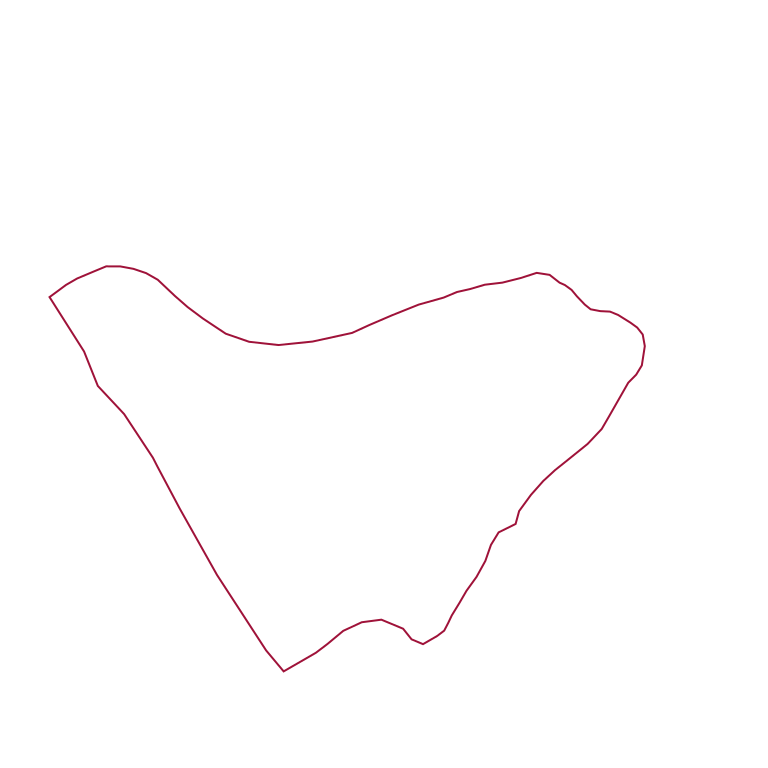 outline of Manutalake, Tuvalu, rotated 60°
{"feature_id": "33948139B42488668501008", "entity_name": "Manutalake", "entity_type": "district", "adm_level": 2, "iso_a3": "TUV", "parent_name": "Tuvalu", "parent_adm1": "", "projection": "natural_earth1", "projection_center": [177.148, -7.242], "detail": "fine", "context": "isolated", "style": "outline", "palette": "rose", "viewbox_px": 768, "rotation_deg": 60, "n_neighbors": 0, "source": "geoboundaries", "source_scale": "gbopen_adm2", "svg_char_len": 1149}
<svg xmlns="http://www.w3.org/2000/svg" viewBox="0 0 768 768"><g transform="rotate(60 384 384)"><path d="M141.5,630.2L205.9,627.5L242.6,632.8L280.1,624.1L332.4,621.0L342.2,621.5L389.7,623.2L465.8,624.1L555.8,619.3L582.7,614.6L582.7,577.3L580.9,563.1L577.4,542.7L579.2,522.4L586.8,504.1L605.5,489.8L618.9,487.8L628.8,480.3L628.8,464.1L627.7,455.2L623.0,447.8L618.3,441.0L611.3,428.1L604.3,415.9L597.3,400.3L587.9,384.7L576.8,371.8L569.8,358.9L571.0,340.0L561.6,330.5L553.5,312.2L547.6,294.5L544.1,278.9L541.2,259.9L537.7,237.6L531.8,217.9L524.8,205.7L505.0,171.8L502.0,160.9L496.8,151.4L481.6,139.2L470.5,135.2L461.7,136.5L454.1,139.9L441.3,146.7L434.3,152.1L429.0,160.3L422.6,167.7L415.6,170.4L404.5,173.1L396.3,174.5L388.7,177.9L384.0,181.3L372.3,186.0L364.1,196.2L360.6,212.5L355.4,230.8L348.4,247.1L344.8,262.0L340.8,274.9L339.0,289.1L332.6,314.2L328.5,342.7L325.6,367.1L323.8,386.1L311.5,424.7L297.5,455.9L280.0,479.7L261.3,495.9L236.7,508.1L219.2,515.6L203.4,521.0L180.6,527.8L169.0,534.6L159.0,543.4L150.3,553.6L143.2,565.8L141.5,578.7L139.2,597.0L139.2,609.9L140.3,619.3L141.5,630.2Z" fill="none" stroke="#9f1239" stroke-width="2"/></g></svg>